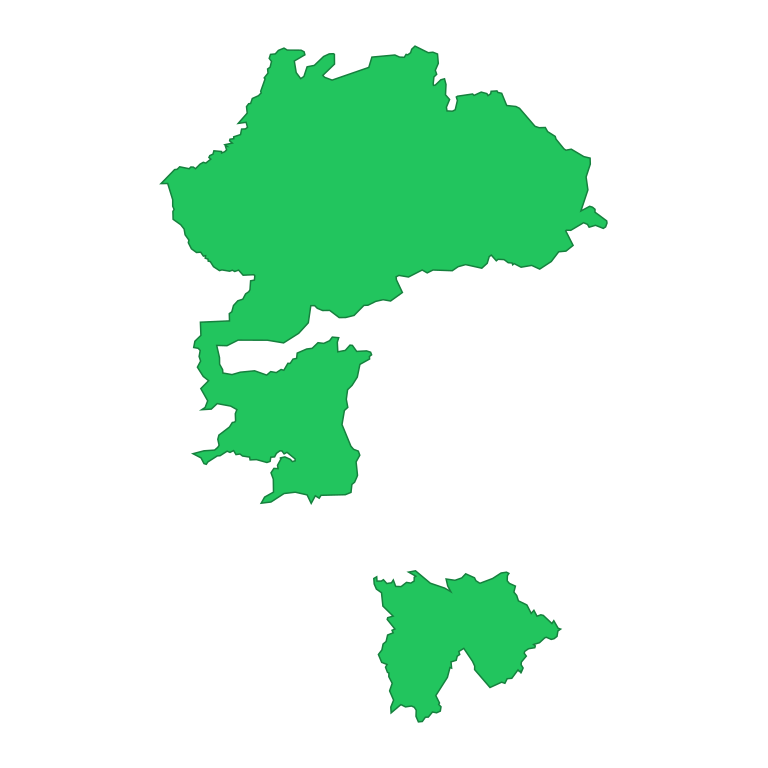 outline of Tecomatlán, Puebla, Mexico
{"feature_id": "50627088B46760499332647", "entity_name": "Tecomatlán", "entity_type": "district", "adm_level": 2, "iso_a3": "MEX", "parent_name": "Mexico", "parent_adm1": "Puebla", "projection": "albers", "projection_center": [-98.317, 18.022], "detail": "fine", "context": "isolated", "style": "filled", "palette": "green", "viewbox_px": 768, "rotation_deg": 0, "n_neighbors": 0, "source": "geoboundaries", "source_scale": "gbopen_adm2", "svg_char_len": 6063}
<svg xmlns="http://www.w3.org/2000/svg" viewBox="0 0 768 768"><path d="M345.3,494.7L351.0,492.4L351.9,484.4L354.6,482.2L356.7,477.5L357.5,475.3L356.1,461.9L359.8,455.2L358.3,451.1L353.6,449.3L350.9,446.2L342.0,424.6L344.4,410.5L347.8,407.4L346.3,399.3L347.6,389.7L352.1,385.3L357.3,377.1L359.9,364.4L369.6,359.0L369.4,356.5L371.6,354.8L370.6,352.2L366.6,350.9L356.7,351.4L352.4,345.4L350.0,345.1L345.3,350.4L337.8,351.8L337.3,342.2L338.7,337.7L332.3,337.1L329.6,340.7L323.8,343.4L318.0,342.7L312.2,348.3L306.7,349.0L297.2,353.1L296.6,358.4L293.0,359.1L290.2,363.4L287.9,363.3L283.8,370.3L281.1,369.5L276.3,372.6L270.7,371.6L266.7,375.1L254.6,370.8L240.3,372.2L232.0,374.6L222.9,373.0L222.6,369.6L219.6,364.2L219.5,357.7L216.7,345.4L227.0,345.7L238.1,340.1L267.4,340.2L283.6,342.9L298.7,333.3L308.3,322.8L310.8,305.7L314.6,305.6L317.3,308.3L322.6,310.5L329.7,310.4L339.2,317.6L345.7,317.5L354.1,315.4L363.9,305.4L368.0,305.2L375.7,301.4L383.1,299.7L390.6,301.0L402.4,292.5L396.4,279.8L396.1,276.8L398.9,275.4L408.5,277.0L422.2,270.0L427.2,272.9L433.0,270.0L452.3,270.7L458.1,266.7L465.6,264.6L481.8,268.2L487.2,263.3L489.2,256.6L491.3,255.1L496.3,260.8L498.1,259.3L504.1,259.6L508.2,262.7L512.1,263.0L512.7,264.8L514.1,263.6L521.1,267.2L531.7,265.4L539.7,269.1L551.3,261.5L558.7,251.8L566.0,251.1L573.1,245.4L565.7,230.8L566.4,230.2L570.8,230.3L583.6,222.7L587.5,224.4L589.1,227.2L595.5,225.3L603.3,228.4L605.6,226.9L607.0,223.1L606.7,220.9L595.0,212.2L595.0,209.3L592.5,207.2L589.7,206.3L580.9,211.0L587.9,189.9L586.1,177.0L590.3,164.1L590.1,158.1L583.8,156.6L571.3,149.2L565.9,150.2L563.9,148.8L556.0,139.1L555.2,136.4L547.6,131.6L545.3,127.5L539.1,127.7L535.0,126.3L519.5,108.3L515.9,106.5L506.7,105.5L501.7,93.3L497.8,92.4L497.0,90.9L491.1,91.3L490.7,93.7L488.0,95.6L486.9,93.6L481.2,92.1L474.0,95.4L472.6,94.0L457.6,96.2L456.3,97.0L457.4,100.5L455.2,109.8L452.4,111.2L447.0,110.9L446.4,107.2L449.6,99.5L445.5,94.8L446.0,84.5L444.5,78.8L440.8,79.8L435.3,85.1L433.5,85.4L433.2,83.8L433.9,77.0L436.7,74.3L435.3,70.3L438.3,63.4L437.5,54.0L432.9,52.2L428.3,52.7L415.0,46.1L411.7,49.2L410.6,52.7L407.8,54.8L406.1,54.4L404.3,57.3L399.6,57.1L394.9,55.0L371.9,57.1L368.8,67.4L332.1,80.1L324.6,77.3L322.8,75.4L334.5,64.1L334.4,54.3L333.3,53.7L329.2,53.9L323.6,56.5L314.3,65.4L307.1,66.8L303.9,76.5L300.7,78.6L296.2,72.6L294.3,61.0L304.9,54.8L304.1,51.8L301.1,50.2L287.3,50.1L284.0,48.1L278.4,50.4L275.3,53.9L270.5,54.4L269.2,58.4L271.5,61.4L270.1,67.2L267.6,69.0L268.0,73.1L264.2,77.9L265.1,78.9L260.7,91.3L261.2,92.9L258.5,95.7L252.3,98.5L250.6,103.5L248.7,103.7L246.5,106.6L247.2,113.1L238.2,123.4L246.1,122.3L247.5,127.3L245.5,128.9L241.6,129.1L240.5,134.6L233.7,136.8L233.8,138.7L230.0,139.2L229.6,140.8L232.3,143.1L224.9,144.7L227.0,146.3L225.4,146.1L226.6,149.9L224.6,151.8L221.6,153.0L221.5,151.5L213.9,150.8L213.0,154.1L209.8,155.6L208.9,157.5L210.8,159.1L205.8,163.1L203.3,162.3L200.1,164.1L195.5,168.7L193.3,167.1L190.8,167.0L189.2,168.7L179.7,166.8L177.2,169.3L174.6,169.6L161.0,183.6L167.7,183.5L172.7,199.7L172.7,206.2L174.1,209.4L172.9,211.4L173.1,219.3L180.7,224.7L184.1,229.0L185.1,234.8L188.9,240.1L188.3,242.7L191.4,248.8L196.5,252.5L200.7,252.2L203.4,256.1L205.6,255.7L205.2,258.2L208.0,259.1L208.2,261.1L210.3,261.6L213.5,266.7L219.5,270.6L221.9,269.9L229.6,271.2L232.4,270.2L234.7,271.5L238.6,270.1L243.1,275.2L253.8,274.7L254.8,275.8L254.4,280.1L250.6,280.8L250.0,289.7L248.8,291.7L245.6,293.9L242.8,299.2L237.8,300.8L233.5,305.5L231.8,311.8L229.3,313.6L229.5,320.9L200.4,322.2L200.9,335.4L194.9,341.2L193.7,347.5L198.2,348.3L200.2,350.5L199.1,356.5L200.6,361.1L197.4,367.2L203.2,376.4L208.6,380.7L200.8,388.6L207.7,400.8L205.1,407.5L201.7,409.7L211.3,409.1L217.2,403.6L230.7,406.1L236.9,409.6L235.3,413.7L235.6,420.7L234.7,422.1L232.3,422.5L229.5,427.0L218.9,435.1L217.8,439.3L219.1,445.3L217.7,447.4L214.6,450.1L204.0,450.8L193.0,453.7L201.0,457.9L204.0,463.6L206.3,464.3L207.8,462.0L217.3,455.9L220.1,455.7L227.1,451.2L230.0,452.4L233.6,450.6L236.0,454.6L240.0,454.0L242.5,456.0L249.6,457.1L250.1,459.9L256.5,459.6L266.9,462.5L270.1,461.4L270.8,457.2L274.6,456.9L276.4,453.4L279.9,450.8L282.0,451.0L284.1,453.9L287.0,452.3L295.1,458.9L295.2,460.8L292.3,461.6L290.4,459.4L284.9,456.9L279.8,458.0L281.3,458.3L277.5,465.3L278.1,468.6L273.9,468.4L271.0,472.8L273.3,479.1L273.5,492.1L264.6,497.1L261.2,503.2L271.0,502.0L284.1,493.5L295.3,492.2L307.1,494.9L311.2,503.4L315.3,495.8L319.2,498.2L321.0,495.3L345.3,494.7ZM520.8,673.4L523.1,668.0L521.1,664.7L521.4,662.0L526.3,656.1L524.2,653.2L524.7,651.4L528.6,648.7L534.8,647.7L535.3,645.9L533.6,644.5L539.5,642.7L544.8,637.8L546.4,637.3L551.2,639.4L554.1,638.7L557.0,636.4L557.9,631.0L560.6,629.1L558.1,628.2L553.8,620.7L551.9,623.5L543.3,615.4L540.8,614.8L537.0,616.2L533.9,610.3L531.2,613.4L526.9,605.0L518.4,600.8L516.7,595.5L513.9,592.1L515.4,586.1L509.4,583.4L507.2,580.8L507.4,575.7L508.9,573.4L506.5,572.2L501.1,573.0L492.6,578.5L479.9,583.3L475.9,580.7L474.5,577.8L465.7,573.8L461.8,577.9L455.0,580.3L446.1,579.0L447.7,585.9L450.8,591.7L444.7,588.1L430.3,583.2L415.5,570.8L408.6,572.1L415.8,576.2L414.2,577.3L414.2,581.0L410.8,583.1L406.5,582.4L401.1,586.6L395.7,586.4L393.3,580.0L391.5,582.8L386.8,583.5L383.4,579.7L381.3,581.1L377.0,581.1L376.7,576.8L373.8,578.5L374.2,584.0L376.4,589.1L381.5,592.7L382.9,606.1L393.1,616.1L387.7,617.7L387.2,619.4L394.9,629.0L392.0,630.3L393.2,632.8L387.6,635.0L386.1,641.5L383.1,644.0L381.9,649.9L378.4,654.5L381.7,662.4L387.1,664.5L385.5,667.2L387.5,672.4L388.9,673.0L388.8,676.7L392.2,683.3L389.6,690.9L393.6,700.1L390.8,707.1L391.1,712.9L400.9,704.6L405.5,706.9L411.5,706.0L414.3,707.3L416.2,710.2L416.0,716.4L418.4,721.9L422.3,721.5L425.4,717.2L428.3,717.1L432.5,712.0L436.6,712.8L440.3,711.1L441.0,706.8L438.7,704.4L439.5,703.0L435.8,695.6L447.4,677.4L450.0,667.5L451.6,668.1L451.0,661.9L456.2,660.3L457.2,656.2L459.7,654.5L458.8,651.5L463.8,648.4L472.5,661.3L474.7,666.1L474.6,669.6L490.0,687.5L501.6,682.2L504.9,683.3L507.2,678.7L511.8,678.3L518.0,669.9L519.4,671.6L520.9,671.1L520.8,673.4Z" fill="#22c55e" stroke="#15803d" stroke-width="1.5"/></svg>